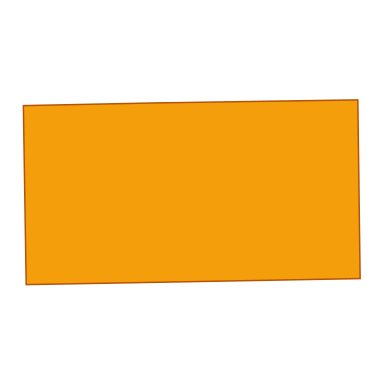 the district of Hamlin, South Dakota, United States of America, rotated 179°
{"feature_id": "52423323B11265703502297", "entity_name": "Hamlin", "entity_type": "district", "adm_level": 2, "iso_a3": "USA", "parent_name": "United States of America", "parent_adm1": "South Dakota", "projection": "robinson", "projection_center": [-97.128, 44.674], "detail": "fine", "context": "isolated", "style": "filled", "palette": "amber", "viewbox_px": 384, "rotation_deg": 179, "n_neighbors": 0, "source": "geoboundaries", "source_scale": "gbopen_adm2", "svg_char_len": 265}
<svg xmlns="http://www.w3.org/2000/svg" viewBox="0 0 384 384"><g transform="rotate(179 192 192)"><path d="M359.4,102.3L292.6,102.3L159.0,102.4L25.4,102.5L24.6,281.2L225.4,281.7L359.1,281.3L359.4,102.3Z" fill="#f59e0b" stroke="#b45309" stroke-width="1.5"/></g></svg>